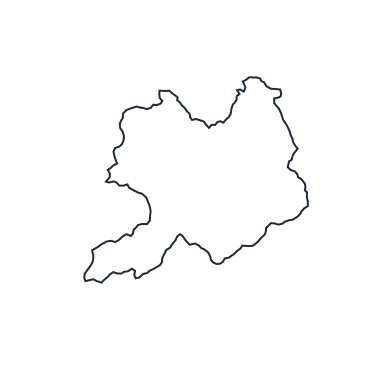 Congonhas, Minas Gerais, Brazil, rotated 126°
{"feature_id": "56859067B31622134997512", "entity_name": "Congonhas", "entity_type": "district", "adm_level": 2, "iso_a3": "BRA", "parent_name": "Brazil", "parent_adm1": "Minas Gerais", "projection": "mercator", "projection_center": [-43.854, -20.518], "detail": "fine", "context": "isolated", "style": "outline", "palette": "slate", "viewbox_px": 384, "rotation_deg": 126, "n_neighbors": 0, "source": "geoboundaries", "source_scale": "gbopen_adm2", "svg_char_len": 3040}
<svg xmlns="http://www.w3.org/2000/svg" viewBox="0 0 384 384"><g transform="rotate(126 192 192)"><path d="M57.3,181.0L59.4,184.7L62.1,188.8L62.7,194.0L60.9,198.1L61.5,200.9L60.1,203.8L61.5,207.3L63.9,210.5L65.5,213.1L69.4,214.2L72.8,215.9L74.3,212.9L76.2,210.1L80.3,209.2L80.8,213.4L83.2,215.3L84.8,211.2L88.3,212.2L91.1,210.1L94.0,209.9L97.2,210.4L101.1,209.2L106.2,206.6L109.8,206.3L113.1,207.1L117.4,207.3L118.3,211.0L120.7,212.6L124.0,212.6L126.3,215.7L130.1,215.9L129.4,219.9L128.0,223.9L129.3,227.9L130.7,231.8L133.7,234.3L132.5,237.6L130.1,239.9L129.7,243.3L128.2,247.5L127.9,251.4L126.7,254.1L126.5,257.9L123.8,259.4L123.8,265.6L123.4,269.9L126.0,273.0L129.1,277.8L131.6,276.3L134.8,273.5L135.9,269.4L139.1,269.4L142.5,271.7L144.1,274.6L148.2,274.8L151.5,277.3L152.7,280.9L154.2,283.7L155.4,287.0L158.5,289.3L161.1,291.2L164.4,293.2L169.1,294.0L172.6,291.5L176.0,291.3L179.3,290.5L182.5,287.7L184.1,283.3L187.1,279.6L190.8,277.6L194.5,276.8L198.1,277.5L201.6,280.1L205.4,279.3L207.6,277.0L210.1,273.8L212.9,269.4L216.6,271.2L220.6,272.0L223.6,273.1L225.4,269.3L228.1,267.4L230.9,267.4L234.2,267.7L233.0,264.6L229.5,261.6L228.7,258.6L229.5,254.7L227.2,251.2L223.8,248.7L225.5,245.5L225.2,241.8L224.7,238.9L224.2,235.5L222.8,231.4L223.3,225.8L225.8,221.8L228.4,217.8L231.8,214.2L236.1,211.8L240.0,209.3L244.5,209.6L247.3,213.7L250.3,216.2L253.5,216.4L256.8,217.0L260.4,215.3L263.5,215.6L264.7,220.3L268.9,222.0L273.8,223.0L277.6,224.6L278.9,228.5L281.9,231.7L284.8,233.2L287.7,234.6L291.8,235.8L294.9,237.3L297.9,238.6L301.1,234.8L304.2,232.5L307.8,231.1L312.3,230.7L317.0,230.8L321.4,230.8L325.0,228.5L326.7,225.8L323.9,223.4L320.7,220.7L320.1,216.9L318.6,212.0L314.6,211.4L310.5,210.4L307.0,210.0L303.1,208.6L301.8,204.5L299.5,201.1L296.8,200.3L293.9,197.3L289.4,195.6L289.3,191.7L293.1,189.9L294.9,186.9L291.9,184.3L287.1,183.5L284.1,180.8L280.4,179.9L277.6,178.3L274.2,176.7L270.0,174.9L266.4,175.1L262.6,177.3L258.3,178.0L253.8,178.7L250.0,177.0L245.4,177.3L240.8,177.0L236.6,177.8L233.1,176.8L233.2,173.2L234.5,170.1L235.4,166.7L236.0,162.9L231.9,159.3L231.2,154.8L231.9,151.8L231.2,148.2L231.5,143.0L233.5,139.3L235.8,136.7L236.6,133.4L235.8,129.8L233.6,127.2L230.3,125.9L226.6,126.5L223.3,123.5L220.4,122.7L217.3,121.4L213.3,120.9L209.3,119.6L205.7,119.8L204.3,117.3L202.2,114.0L199.7,111.2L197.0,110.3L193.0,109.3L189.2,109.3L185.9,108.5L182.9,108.2L180.1,109.3L177.7,110.9L174.8,110.4L170.8,109.8L169.0,106.9L167.5,102.8L164.4,100.2L161.6,99.4L158.1,97.1L155.0,94.2L150.4,92.3L146.4,91.5L143.7,92.1L139.5,91.6L135.3,90.0L131.9,92.5L128.2,96.4L124.6,98.8L124.3,101.8L121.6,102.9L119.2,105.2L118.0,108.4L117.3,111.7L117.7,115.0L115.6,117.3L114.9,121.0L116.2,125.3L115.6,129.2L113.0,130.3L110.1,131.5L107.3,130.3L103.9,131.7L100.9,132.3L98.1,132.1L94.9,132.0L93.6,136.4L92.1,139.7L89.9,142.0L87.8,145.9L85.4,148.9L83.9,151.4L82.6,154.0L81.2,157.5L80.0,160.7L78.1,163.3L75.9,166.3L73.5,170.6L72.8,174.0L71.8,177.7L67.9,180.5L65.2,177.9L62.5,176.5L59.7,177.8L57.3,181.0Z" fill="none" stroke="#1e293b" stroke-width="2"/></g></svg>